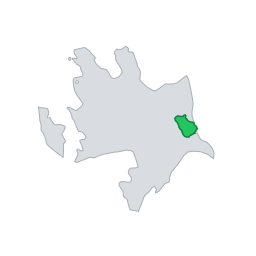 Xizı highlighted on a map of Azerbaijan, rotated 23°
{"feature_id": "AZE-1719", "entity_name": "Xizı", "entity_type": "District", "adm_level": 1, "iso_a3": "AZE", "parent_name": "Azerbaijan", "parent_adm1": "", "projection": "albers", "projection_center": [49.238, 40.741], "detail": "fine", "context": "in_parent", "style": "filled", "palette": "green", "viewbox_px": 256, "rotation_deg": 23, "n_neighbors": 0, "source": "natural_earth", "source_scale": "10m", "svg_char_len": 3857}
<svg xmlns="http://www.w3.org/2000/svg" viewBox="0 0 256 256"><g transform="rotate(23 128 128)"><path d="M170.2,200.9L169.3,200.8L162.5,202.4L161.1,201.9L155.3,194.4L154.1,193.6L151.6,193.3L150.2,192.0L149.0,190.0L148.4,188.5L142.4,184.5L141.6,183.0L141.5,181.7L142.4,180.5L143.4,179.6L146.3,178.6L149.7,177.8L150.8,177.2L151.4,176.1L151.4,174.4L150.8,172.7L146.0,169.6L145.5,168.3L145.3,166.7L145.6,165.0L146.4,163.7L150.4,161.9L152.5,160.1L151.2,158.0L147.0,153.2L142.1,147.9L138.7,147.8L134.8,149.3L128.5,153.6L125.0,155.5L120.4,158.5L115.5,161.9L111.4,165.5L108.8,168.5L104.3,169.8L101.9,172.3L94.2,179.8L92.1,179.6L92.1,175.8L92.3,172.8L91.9,171.0L89.5,168.5L89.5,167.5L90.2,166.9L92.0,167.3L94.4,167.2L95.6,166.3L93.1,163.1L90.9,160.9L89.1,159.4L88.7,158.6L88.7,158.0L89.1,157.3L92.4,155.6L92.8,154.0L92.7,152.2L87.5,149.5L83.6,150.3L80.2,147.2L78.1,144.8L75.4,142.3L72.9,140.9L70.7,137.7L66.7,134.4L64.0,133.4L64.1,132.9L64.6,132.3L65.7,131.9L73.1,132.3L74.0,131.7L74.5,130.4L75.6,128.4L76.9,125.5L76.9,123.0L69.7,118.7L64.5,114.8L61.0,109.8L58.7,105.2L58.8,103.7L59.6,102.3L65.5,98.5L65.9,97.4L65.8,96.7L63.9,94.5L61.4,92.2L60.7,90.6L59.1,89.7L56.1,89.5L50.9,86.6L49.8,86.3L49.6,85.7L49.8,85.2L53.7,84.3L53.7,83.4L52.6,82.2L50.5,81.3L48.6,79.0L48.0,77.1L55.1,71.8L57.2,70.8L61.6,72.0L70.7,76.1L70.0,78.2L70.9,79.3L73.0,81.0L77.0,82.8L80.5,83.7L82.3,83.1L85.0,82.6L88.4,84.5L91.5,87.0L93.1,87.9L93.9,88.3L96.4,87.6L99.4,84.7L100.6,81.1L101.0,79.3L99.4,76.9L96.0,74.2L92.1,71.7L89.7,69.6L88.2,65.6L86.6,65.1L86.2,64.6L86.0,63.2L86.1,61.3L86.7,59.9L88.3,59.3L89.9,59.1L91.4,57.8L93.3,55.1L94.1,53.6L97.5,54.6L97.9,57.0L98.5,57.6L99.9,57.3L102.2,56.4L104.1,57.2L106.4,60.2L109.6,63.4L111.4,65.5L112.1,66.9L113.7,68.4L116.2,70.0L118.1,72.6L119.7,78.6L121.5,80.0L127.9,82.4L130.1,82.9L136.4,83.8L138.7,83.3L142.0,78.2L145.0,73.0L147.8,71.9L152.7,69.5L155.7,67.1L157.0,64.5L159.8,59.6L161.5,56.9L164.4,59.3L169.4,66.0L176.5,76.8L178.3,79.9L179.4,83.4L180.4,87.7L182.1,91.5L189.4,101.1L192.6,104.6L197.8,109.1L199.7,110.2L202.1,110.4L206.6,110.4L210.7,112.2L212.8,113.4L214.9,115.2L216.8,117.2L218.8,122.8L211.6,121.1L204.4,121.4L200.3,122.7L196.3,124.3L192.5,126.7L190.2,131.2L188.2,141.6L185.2,151.4L185.4,155.9L186.7,160.3L186.5,162.3L185.2,163.2L183.5,165.1L181.2,174.0L180.0,175.8L178.6,176.9L178.2,175.9L178.3,173.5L175.1,171.4L173.4,173.8L172.2,178.7L169.8,183.9L169.7,184.9L170.2,200.9ZM64.3,106.4L64.7,105.0L63.8,104.3L62.8,104.2L62.0,104.9L61.9,106.7L63.0,107.0L64.3,106.4ZM38.7,146.0L37.7,144.5L37.2,143.7L40.5,143.2L45.9,141.5L47.3,142.5L48.8,144.6L49.5,146.3L49.5,149.4L50.1,149.9L52.7,149.0L53.8,150.3L55.8,151.9L59.2,153.6L64.3,151.4L66.8,150.9L68.9,151.1L70.0,151.8L70.2,154.3L69.7,157.3L69.1,158.9L70.1,160.1L74.1,163.2L75.8,164.8L74.8,167.6L77.7,174.5L78.6,177.1L79.7,180.4L73.4,178.9L62.1,175.7L59.1,174.2L56.3,170.3L54.6,168.4L52.1,165.9L50.0,164.9L48.4,163.2L47.6,160.8L46.4,158.5L44.2,155.9L39.3,146.9L38.7,146.0ZM48.2,88.3L47.5,88.7L46.5,88.2L46.2,87.1L46.3,86.0L47.4,85.8L48.2,86.1L48.4,87.1L48.2,88.3Z" fill="#d9dde1" stroke="#a8b0b8" stroke-width="1"/><path d="M186.7,97.5L187.0,98.3L187.7,98.8L189.2,99.7L189.9,99.6L190.5,100.1L191.1,100.8L191.7,101.2L192.1,101.6L191.9,102.5L191.4,104.1L191.2,104.9L191.1,105.3L191.2,105.8L191.3,106.1L191.7,106.6L191.8,106.8L191.6,107.0L190.6,107.1L190.3,108.0L189.6,109.1L188.8,109.9L188.3,110.4L188.0,110.9L187.8,111.7L187.7,112.5L185.6,113.4L183.2,113.5L181.1,112.4L179.4,110.6L178.0,109.2L176.3,108.6L174.9,107.5L173.7,106.1L173.0,105.2L172.2,104.5L170.5,103.2L168.7,102.7L167.4,100.8L167.9,98.7L168.8,97.8L169.9,97.1L170.9,97.1L172.0,96.7L173.1,96.3L174.2,95.7L174.4,95.1L174.5,94.4L175.1,93.9L175.7,93.6L176.5,94.2L176.7,95.8L177.5,96.4L178.4,96.7L179.6,97.5L181.0,98.0L182.6,98.2L184.1,97.7L185.3,97.5L186.6,97.6L186.7,97.5Z" fill="#22c55e" stroke="#15803d" stroke-width="1.5"/></g></svg>